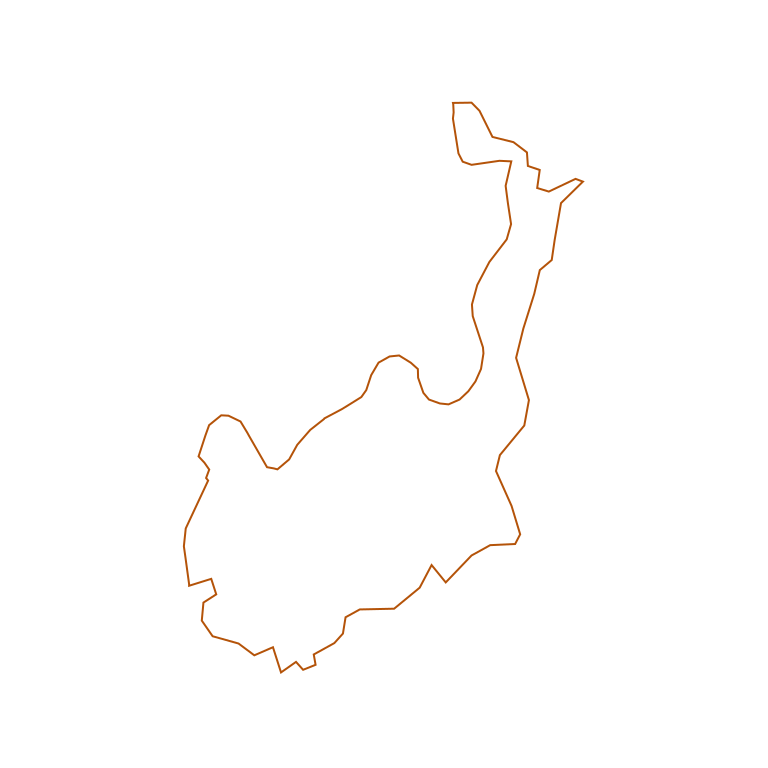 outline of Amudarya, Karakalpakstan, Uzbekistan, rotated 64°
{"feature_id": "79887680B11316331959400", "entity_name": "Amudarya", "entity_type": "district", "adm_level": 2, "iso_a3": "UZB", "parent_name": "Uzbekistan", "parent_adm1": "Karakalpakstan", "projection": "mercator", "projection_center": [60.011, 42.124], "detail": "fine", "context": "isolated", "style": "outline", "palette": "amber", "viewbox_px": 768, "rotation_deg": 64, "n_neighbors": 0, "source": "geoboundaries", "source_scale": "gbopen_adm2", "svg_char_len": 1521}
<svg xmlns="http://www.w3.org/2000/svg" viewBox="0 0 768 768"><g transform="rotate(64 384 384)"><path d="M169.5,182.0L161.6,198.8L163.1,199.2L170.5,202.4L175.7,205.7L209.4,216.0L218.7,215.8L225.4,209.2L234.0,182.4L239.7,172.0L259.2,187.8L275.6,193.3L296.0,199.7L307.8,210.3L320.5,235.8L335.9,256.8L351.1,270.1L361.9,274.5L394.5,279.0L400.1,281.2L413.0,290.2L421.8,300.7L427.5,311.4L431.1,322.9L430.6,334.9L426.0,342.3L417.7,350.4L409.2,352.5L393.3,350.6L385.4,347.0L376.6,350.6L365.0,357.9L361.7,366.9L362.4,379.5L364.7,383.0L370.4,391.6L381.7,402.6L385.8,410.1L387.2,423.5L388.1,432.7L388.8,452.7L389.2,453.3L392.9,470.4L400.6,488.6L410.2,502.3L414.0,517.2L411.5,520.1L407.5,525.6L372.0,528.0L368.0,528.2L354.8,529.4L344.3,537.7L340.8,544.0L344.3,559.2L351.9,567.0L367.8,582.4L376.0,579.9L384.3,578.6L390.5,585.1L393.7,584.4L426.9,625.5L442.1,635.0L454.1,638.9L478.4,646.9L479.9,647.6L483.4,624.7L499.5,627.0L501.3,642.1L516.8,651.5L535.6,648.6L553.5,628.5L571.0,619.5L571.9,599.2L598.1,603.0L595.2,584.9L605.4,582.0L606.4,568.6L596.3,565.7L595.1,542.2L590.3,530.3L576.8,520.8L576.0,504.6L590.4,473.4L582.7,441.2L567.6,420.6L589.4,415.5L576.5,380.5L575.4,359.2L585.3,336.3L578.8,327.5L549.5,322.8L511.3,321.5L498.7,311.0L482.8,276.1L462.0,260.8L418.4,253.8L395.3,234.5L368.8,209.4L349.9,194.0L346.1,178.9L329.4,167.5L299.0,145.6L289.3,116.5L283.6,121.9L283.3,151.5L275.0,160.4L259.9,150.2L251.1,159.1L238.5,154.0L223.4,161.6L209.5,178.2L180.3,178.4L169.5,182.0Z" fill="none" stroke="#b45309" stroke-width="2"/></g></svg>